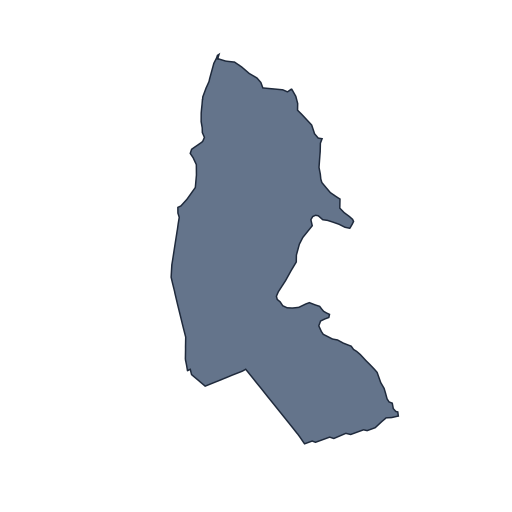 Dilling, South Kordufan, Sudan, rotated 340°
{"feature_id": "16777658B83196806362289", "entity_name": "Dilling", "entity_type": "district", "adm_level": 2, "iso_a3": "SDN", "parent_name": "Sudan", "parent_adm1": "South Kordufan", "projection": "robinson", "projection_center": [29.551, 11.952], "detail": "fine", "context": "isolated", "style": "filled", "palette": "slate", "viewbox_px": 512, "rotation_deg": 340, "n_neighbors": 0, "source": "geoboundaries", "source_scale": "gbopen_adm2", "svg_char_len": 3034}
<svg xmlns="http://www.w3.org/2000/svg" viewBox="0 0 512 512"><g transform="rotate(340 256 256)"><path d="M258.9,91.3L258.2,92.8L257.2,95.0L254.8,99.9L253.4,102.9L250.4,111.0L249.3,117.2L247.8,121.6L248.1,126.9L245.3,129.9L244.3,130.4L243.4,130.7L236.4,132.5L232.0,133.7L229.3,137.1L230.2,140.8L230.4,141.6L230.6,142.4L230.6,143.1L231.2,149.7L227.7,159.6L222.4,170.9L210.5,179.1L207.1,180.9L206.7,181.1L202.5,183.3L199.2,183.6L197.3,189.0L197.1,193.4L193.8,199.3L191.8,203.1L191.0,204.6L190.5,205.4L189.2,207.8L184.0,217.2L176.2,231.4L173.9,235.5L169.0,246.9L168.3,252.7L167.4,261.2L167.1,263.1L165.8,274.1L163.2,298.1L162.2,308.2L160.0,313.9L158.8,317.0L157.8,319.8L154.5,328.4L154.1,330.0L154.0,331.0L153.4,334.9L152.5,339.8L152.8,339.8L152.7,340.3L152.8,340.3L153.1,340.3L154.8,340.0L155.5,340.0L155.4,340.7L154.9,345.3L155.1,345.8L163.5,360.5L163.7,360.9L166.8,360.8L172.7,360.6L189.0,360.0L192.7,359.8L202.0,359.6L204.0,359.5L206.5,359.1L207.6,358.9L207.8,359.5L209.7,365.1L210.5,367.4L213.1,375.2L215.0,380.6L219.2,393.2L219.5,394.0L224.2,407.8L227.6,417.8L231.9,430.5L233.9,436.6L234.3,437.5L234.5,438.3L235.0,440.0L235.1,440.3L236.0,443.8L236.4,445.4L236.7,446.5L237.2,448.4L237.3,448.8L237.4,449.1L240.4,449.1L245.5,449.1L248.2,451.4L263.3,451.4L266.7,454.1L279.2,453.4L279.8,453.4L283.9,456.1L297.6,456.1L300.7,458.1L308.7,458.1L309.3,458.1L317.8,454.5L322.7,452.7L323.0,452.6L328.1,454.2L334.5,455.0L335.0,455.1L335.9,451.0L334.2,449.9L332.8,446.4L333.7,440.9L331.1,438.6L330.3,435.1L330.8,429.2L331.1,424.2L329.9,417.6L330.0,406.8L328.6,403.1L326.0,397.2L323.5,391.9L320.4,384.5L317.9,380.0L315.7,377.2L314.6,373.3L311.5,370.6L308.1,367.6L303.9,362.8L299.5,360.2L295.5,355.9L292.4,352.6L291.6,349.4L291.1,343.1L294.1,339.6L294.4,339.2L299.1,338.7L303.0,338.7L303.4,338.7L305.1,336.0L302.8,333.7L300.6,331.1L299.5,328.1L298.6,325.1L294.9,322.2L290.2,318.1L286.5,318.1L278.7,318.9L272.5,317.4L267.5,315.3L264.1,311.9L263.0,307.3L261.1,304.1L261.4,300.8L264.8,297.2L275.3,289.3L283.9,281.8L291.8,275.4L294.3,268.9L300.8,259.7L306.3,254.6L319.2,246.8L320.0,240.6L322.8,238.3L323.0,238.3L325.9,238.1L328.3,239.5L331.1,244.7L335.4,247.0L339.9,250.5L344.9,254.6L349.4,259.4L353.6,262.0L354.2,261.6L356.7,259.5L357.2,259.1L359.5,256.9L359.3,254.6L357.3,250.9L353.6,245.3L351.1,239.7L354.4,231.2L352.9,229.3L350.6,226.2L347.5,221.8L345.2,215.6L343.0,209.5L343.2,206.2L343.2,205.9L344.4,201.2L345.5,194.3L350.8,182.5L352.0,179.9L355.1,172.0L358.2,168.4L357.5,168.0L354.8,166.5L352.8,161.1L352.9,159.2L353.1,152.0L347.3,138.3L346.1,135.8L344.9,133.2L347.3,127.0L348.0,119.6L346.8,112.4L346.6,111.6L345.9,111.8L345.8,111.4L343.0,112.2L341.8,112.5L341.6,112.4L338.0,109.0L331.5,105.9L319.9,100.4L319.9,94.6L317.8,89.1L312.0,82.1L307.2,73.5L302.1,66.4L300.6,65.7L294.2,62.5L288.0,57.8L287.8,58.0L287.2,57.6L287.5,57.5L290.2,53.9L288.4,54.3L287.2,55.8L286.4,56.7L282.3,60.5L273.1,73.5L271.6,75.9L268.4,79.2L266.7,80.9L260.4,88.3L259.4,90.6L259.2,90.6L258.9,91.3L258.9,91.3Z" fill="#64748b" stroke="#1e293b" stroke-width="1.5"/></g></svg>